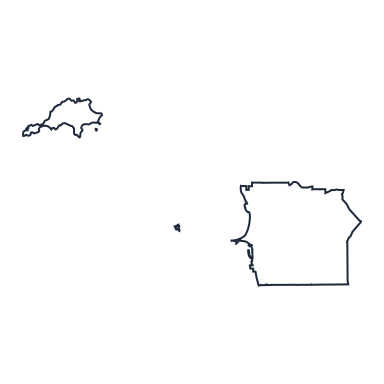 outline of Cockburn, Western Australia, Australia
{"feature_id": "25037944B92381930700505", "entity_name": "Cockburn", "entity_type": "district", "adm_level": 2, "iso_a3": "AUS", "parent_name": "Australia", "parent_adm1": "Western Australia", "projection": "equal_earth", "projection_center": [115.746, -32.084], "detail": "fine", "context": "isolated", "style": "outline", "palette": "slate", "viewbox_px": 384, "rotation_deg": 0, "n_neighbors": 0, "source": "geoboundaries", "source_scale": "gbopen_adm2", "svg_char_len": 5660}
<svg xmlns="http://www.w3.org/2000/svg" viewBox="0 0 384 384"><path d="M361.0,221.9L360.8,221.4L360.8,221.1L360.1,221.0L359.6,220.7L349.4,209.4L346.5,203.8L342.5,199.5L342.5,199.4L342.5,195.7L341.8,194.5L342.0,194.0L342.8,193.2L343.6,190.0L338.4,190.0L337.6,189.6L337.0,189.5L333.9,190.1L332.0,190.1L331.6,189.9L330.0,191.0L328.4,191.8L325.3,193.1L325.3,192.5L325.4,192.4L325.4,191.1L325.3,189.2L320.9,189.2L320.9,189.3L320.1,189.3L320.1,189.2L316.7,189.2L312.9,189.2L312.3,189.4L312.5,186.5L311.3,186.6L308.5,187.3L307.4,187.5L306.0,187.5L302.3,187.5L301.6,187.2L300.8,186.6L300.3,186.1L298.4,183.7L297.6,183.0L297.0,182.6L296.5,182.3L295.1,182.0L294.0,182.0L293.5,182.1L293.1,182.3L292.4,182.9L291.6,184.0L291.1,184.4L290.6,184.7L289.4,185.2L289.2,184.6L288.4,182.5L288.0,182.7L272.6,182.7L262.1,182.8L262.1,182.7L260.3,182.7L260.0,182.6L252.0,182.6L252.0,183.1L252.0,186.2L249.1,186.2L248.9,186.1L248.7,186.1L248.7,189.9L246.3,189.9L246.3,186.1L241.2,186.0L241.0,185.9L240.8,186.8L240.7,187.8L240.7,188.8L240.8,189.7L240.9,190.7L241.1,191.6L241.4,192.6L242.3,193.9L242.8,194.5L243.8,196.4L244.6,198.3L244.9,199.3L245.0,199.4L245.1,199.6L245.7,201.0L245.5,201.3L245.6,201.5L245.9,202.0L246.6,202.3L246.9,202.8L247.1,203.6L244.8,204.3L244.5,205.0L244.7,206.3L245.3,207.4L245.0,207.8L245.7,209.6L246.9,211.4L247.5,212.0L248.7,212.0L249.3,212.6L249.5,213.2L249.8,214.7L249.9,216.0L249.9,218.3L249.8,219.3L249.5,222.0L249.3,223.7L248.5,227.1L247.9,229.4L246.3,233.1L245.9,233.9L245.5,234.8L245.0,235.5L243.7,236.6L242.0,237.6L241.6,237.8L240.6,238.7L240.1,238.6L239.0,239.0L237.3,239.6L236.9,239.8L235.8,240.2L235.1,240.1L233.7,240.4L232.6,240.5L231.6,240.5L231.6,240.9L231.9,240.9L232.2,240.7L232.6,240.7L233.8,240.7L234.2,240.8L235.0,241.3L236.0,241.6L236.5,242.0L236.9,242.5L236.7,242.9L236.3,243.5L236.2,243.8L236.3,243.8L236.4,243.7L236.9,242.9L237.2,242.3L237.3,242.3L238.1,241.9L238.5,240.9L238.8,240.7L239.1,240.6L240.3,240.7L240.9,240.8L241.0,240.8L241.8,241.0L243.0,241.0L244.6,241.3L246.5,241.9L247.7,242.6L248.4,243.2L248.9,243.8L248.6,245.3L248.8,245.4L249.5,246.1L249.6,245.9L248.8,245.1L249.0,244.3L249.0,244.1L249.4,244.2L249.4,244.4L249.5,244.5L250.8,244.8L250.7,245.0L250.8,245.1L250.9,244.8L251.2,244.8L251.5,245.0L251.8,245.2L251.3,245.6L251.2,245.9L252.3,249.1L252.2,249.1L252.2,249.9L252.4,254.7L252.6,257.5L252.2,257.5L251.5,257.7L251.0,257.5L249.7,255.7L249.1,253.7L249.2,252.1L248.7,250.1L248.1,250.3L248.1,250.7L248.4,253.6L249.1,256.1L250.6,258.1L251.4,258.4L252.2,258.4L252.2,259.5L252.1,260.4L252.1,261.2L252.1,261.4L251.9,261.5L251.6,261.3L251.5,261.5L251.5,261.8L251.4,261.9L251.7,264.1L252.0,264.1L252.6,264.8L252.6,265.4L249.9,265.4L249.9,265.5L249.9,266.4L250.4,268.6L253.2,268.6L253.2,271.6L255.5,271.7L256.0,274.4L256.1,275.4L256.6,277.8L257.3,280.6L257.7,281.6L257.9,283.1L258.1,283.9L258.2,284.0L258.3,284.3L258.6,284.9L258.7,285.5L259.2,285.3L259.3,285.4L259.8,285.2L260.4,285.2L260.5,284.9L261.6,285.2L264.9,285.1L265.4,285.0L265.8,285.0L265.8,284.7L266.2,284.7L266.8,284.6L266.8,285.1L272.7,284.9L294.8,284.8L295.3,284.9L299.9,284.9L300.0,284.8L311.2,284.8L311.3,284.6L311.5,284.8L315.4,284.7L318.1,284.7L321.1,284.6L321.3,284.6L348.2,284.4L348.0,282.3L347.6,281.4L347.3,242.1L347.0,241.9L348.8,237.9L349.1,237.4L350.3,236.5L350.8,235.7L351.0,235.2L351.4,234.2L351.9,233.3L352.5,231.8L352.7,231.5L361.0,221.9ZM89.3,105.0L89.4,104.4L90.8,102.4L90.9,101.5L89.4,100.0L88.3,99.3L87.3,99.3L85.7,100.2L84.5,100.2L80.0,101.5L79.3,100.9L79.8,99.3L79.3,98.5L78.4,98.5L77.1,99.2L77.4,100.3L77.2,101.5L75.8,102.8L75.2,102.8L73.7,100.5L71.4,100.7L69.8,98.9L69.1,98.6L67.8,98.8L64.5,101.4L62.1,102.0L60.3,104.5L59.4,104.9L57.9,104.9L56.9,106.0L54.9,106.9L53.2,109.6L51.9,111.3L50.5,111.8L49.9,115.9L48.9,118.6L48.0,119.4L44.8,120.8L43.1,124.0L39.4,125.2L38.7,125.0L38.1,124.2L37.2,124.1L33.1,125.9L32.6,125.9L31.4,124.8L29.9,125.6L28.4,125.9L28.5,127.8L27.0,127.8L26.3,128.5L26.7,129.3L27.6,129.6L27.7,130.2L25.2,130.5L24.2,131.0L23.4,132.0L23.0,133.7L23.3,136.0L25.1,135.6L25.9,134.8L28.1,135.7L29.6,135.5L30.6,134.5L31.0,132.7L31.5,132.3L32.5,132.3L34.0,133.4L38.1,132.2L39.2,131.0L38.8,129.2L39.4,127.9L40.4,127.0L42.9,126.0L45.2,125.7L47.6,126.2L49.5,127.4L51.4,129.5L52.2,128.2L53.4,127.8L54.2,128.0L55.3,129.4L55.8,129.5L57.0,128.7L59.3,125.3L59.9,125.1L60.8,125.4L62.9,123.3L65.1,123.2L70.4,125.7L72.3,126.2L74.0,128.5L74.0,133.1L74.3,134.1L75.1,134.9L76.7,134.7L78.6,136.8L79.7,137.4L80.1,136.8L80.5,133.1L81.1,132.0L82.3,130.7L82.5,129.8L81.3,128.3L81.3,127.5L81.7,126.3L82.5,125.1L83.5,124.5L85.1,124.1L89.1,124.4L91.3,123.0L93.1,122.5L96.7,122.8L98.0,121.6L98.9,119.2L99.9,117.3L101.9,115.2L101.9,114.1L101.3,113.4L96.7,113.2L96.2,113.1L95.8,113.0L95.5,112.6L94.7,112.3L93.7,111.8L92.4,110.7L91.8,110.3L90.8,109.2L89.3,105.0ZM177.9,225.2L177.9,225.5L177.3,225.7L177.3,225.8L177.1,226.0L176.9,226.0L176.7,226.1L176.4,225.8L176.2,225.8L176.0,226.0L175.7,226.3L175.8,226.4L175.8,226.5L175.6,226.6L175.5,226.4L175.4,226.4L175.3,226.6L174.8,226.6L175.1,227.0L175.3,227.4L175.5,227.5L175.7,228.0L175.8,228.1L176.1,228.0L176.3,228.1L176.3,228.3L176.2,228.5L175.7,228.9L175.8,229.1L176.0,229.3L176.3,229.5L176.8,229.1L177.4,229.2L177.7,229.1L177.9,228.8L178.0,228.8L178.3,229.1L178.3,229.6L178.7,230.0L178.8,230.6L179.3,231.0L179.5,230.7L179.4,229.8L179.2,229.1L179.2,228.9L179.0,228.3L179.0,227.9L178.6,226.9L178.5,226.3L178.6,226.0L178.7,225.9L179.0,226.0L179.2,225.9L179.0,225.5L178.2,225.0L178.2,224.8L177.8,225.0L177.9,225.2ZM96.3,130.5L97.0,129.6L96.5,128.9L95.9,128.8L95.6,129.0L95.7,129.8L96.3,130.5ZM99.6,124.2L100.1,123.8L99.1,122.9L98.8,123.5L99.2,124.0L99.6,124.2Z" fill="none" stroke="#1e293b" stroke-width="2"/></svg>